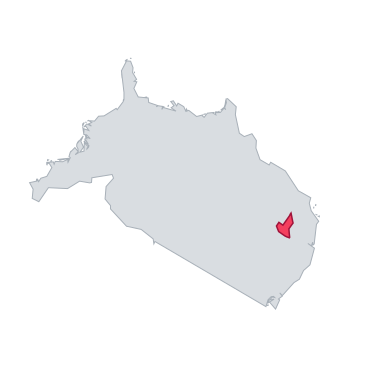 Nye, Nevada, United States of America (highlighted), rotated 215°
{"feature_id": "52423323B59835765201316", "entity_name": "Nye", "entity_type": "district", "adm_level": 2, "iso_a3": "USA", "parent_name": "United States of America", "parent_adm1": "Nevada", "projection": "albers", "projection_center": [-116.514, 37.564], "detail": "fine", "context": "in_parent", "style": "filled", "palette": "rose", "viewbox_px": 384, "rotation_deg": 215, "n_neighbors": 0, "source": "geoboundaries", "source_scale": "gbopen_adm2", "svg_char_len": 4215}
<svg xmlns="http://www.w3.org/2000/svg" viewBox="0 0 384 384"><g transform="rotate(215 192 192)"><path d="M295.9,123.4L312.1,113.2L311.9,96.2L319.2,95.1L323.8,103.2L330.4,106.5L325.2,112.1L325.6,113.8L323.6,112.5L323.7,116.6L319.9,121.5L320.8,131.6L325.5,133.6L327.2,132.2L325.9,130.9L326.8,131.3L327.9,132.9L322.9,137.1L320.9,135.7L321.6,138.6L315.4,142.5L312.0,148.3L311.6,146.2L310.6,145.2L311.4,150.3L313.1,150.5L314.5,154.6L313.4,161.2L308.4,159.8L309.1,155.6L307.6,158.9L310.2,162.0L312.6,163.2L313.9,165.3L313.2,175.5L312.2,169.8L306.6,166.5L306.6,160.4L303.9,163.5L308.4,170.5L304.1,169.7L303.1,170.4L303.1,167.6L302.7,166.9L302.4,169.3L303.0,170.9L309.4,171.5L308.8,173.4L305.4,171.8L304.4,171.7L308.6,173.6L310.1,173.7L310.2,175.9L308.0,175.1L311.7,176.9L311.3,177.6L309.5,176.6L306.0,177.3L311.1,178.4L313.6,177.1L319.1,182.9L314.6,178.6L316.8,181.8L311.8,183.2L316.7,185.0L317.9,183.3L317.2,187.4L312.2,188.3L315.7,188.7L314.0,191.4L317.3,191.3L312.5,194.2L312.0,200.5L307.7,203.9L302.1,217.0L300.5,216.5L300.2,226.4L300.7,228.6L304.8,234.5L319.3,250.8L320.8,261.9L317.3,263.9L311.6,260.0L309.2,255.8L302.0,252.5L302.9,249.5L300.4,250.6L299.0,243.5L290.6,239.0L281.8,243.9L278.8,240.5L269.5,243.2L270.2,241.3L269.1,243.3L265.1,245.3L264.1,242.3L264.1,244.7L251.5,249.1L257.4,249.0L256.3,252.4L261.3,253.9L259.6,256.0L253.9,253.7L254.4,256.7L247.7,257.2L243.2,254.5L241.5,257.0L231.5,256.5L227.0,261.8L228.1,260.4L224.9,260.1L224.6,265.4L219.5,269.9L220.7,268.6L216.7,268.9L218.4,270.3L214.4,273.4L213.8,279.2L211.6,278.8L213.7,279.9L215.0,284.9L217.5,287.6L216.4,288.9L204.7,287.2L200.8,280.2L186.9,267.3L181.0,267.4L176.3,274.1L168.8,271.1L164.8,264.6L154.8,257.5L144.3,258.4L144.6,261.5L127.7,262.8L105.6,254.0L91.4,255.4L89.5,250.1L83.6,245.0L71.4,240.7L71.5,236.9L62.1,219.5L62.5,217.8L64.4,220.1L63.3,216.4L67.6,216.3L59.5,216.2L53.6,200.0L55.6,191.7L54.0,182.2L56.5,176.3L58.6,159.0L62.3,159.7L58.3,158.5L59.8,153.9L58.3,153.9L56.4,144.0L65.4,146.3L63.3,151.3L66.5,147.9L66.0,152.1L63.8,153.0L65.3,153.3L67.1,151.7L67.9,147.3L65.7,140.5L194.0,130.2L193.5,127.7L196.9,131.3L212.2,132.2L226.0,126.4L249.1,131.4L250.9,134.1L259.2,136.4L265.5,147.2L264.2,158.3L267.5,160.5L282.2,146.2L279.8,142.2L281.0,140.8L290.3,136.4L295.9,123.4ZM318.3,143.4L320.9,141.5L312.1,149.1L318.8,141.8L318.3,143.4ZM66.2,144.7L67.3,147.5L67.2,147.9L65.6,145.7L66.2,144.7ZM217.1,286.7L214.8,282.6L214.3,280.0L215.1,282.7L217.1,286.7ZM326.0,112.0L326.6,113.3L326.1,113.3L326.0,112.0ZM243.7,255.8L244.2,256.8L242.9,256.2L243.7,255.8ZM76.0,245.1L77.4,244.6L77.5,244.7L76.0,245.1ZM74.5,244.6L73.9,245.4L73.5,244.7L74.5,244.6ZM325.6,135.9L325.2,137.1L324.9,137.0L325.6,135.9ZM214.7,277.6L214.3,279.7L215.5,275.4L214.7,277.6ZM314.8,245.4L317.6,248.6L314.4,245.1L314.8,245.4ZM83.2,248.7L83.8,249.8L83.1,248.8L83.2,248.7ZM321.7,262.2L321.0,263.8L321.9,260.6L321.7,262.2ZM320.6,185.1L320.1,187.1L319.4,183.2L320.6,185.1ZM65.1,142.4L65.1,143.2L64.6,142.7L65.1,142.4ZM218.7,271.1L216.8,272.5L218.7,270.8L218.7,271.1ZM328.4,134.9L328.8,135.8L327.9,136.0L328.4,134.9ZM83.1,251.8L83.6,253.2L82.9,251.9L83.1,251.8ZM216.4,273.3L215.7,274.0L216.3,273.1L216.4,273.3ZM314.2,167.1L313.9,169.6L314.0,166.3L314.2,167.1ZM226.6,262.9L225.4,264.0L227.0,262.2L226.6,262.9ZM300.9,227.3L301.2,229.0L300.7,228.0L300.9,227.3ZM317.8,191.3L317.5,191.8L318.2,190.1L317.8,191.3ZM285.0,242.4L283.8,243.7L283.1,243.8L285.0,242.4ZM264.4,245.3L264.2,245.6L263.3,245.8L264.4,245.3ZM307.5,256.6L308.2,257.6L307.2,256.4L307.5,256.6ZM261.0,248.8L261.1,249.9L260.5,248.0L261.0,248.8ZM319.1,266.3L318.2,266.7L319.4,265.9L319.1,266.3ZM314.6,155.4L314.4,156.6L314.5,154.9L314.6,155.4ZM319.3,187.8L319.0,188.4L318.8,188.4L319.3,187.8Z" fill="#d9dde1" stroke="#a8b0b8" stroke-width="1"/><path d="M94.6,209.3L93.4,209.3L90.6,209.3L88.2,209.7L87.8,209.9L86.0,210.3L86.0,210.9L88.7,214.0L91.1,216.9L91.1,217.0L91.5,217.4L91.5,217.5L91.5,221.8L91.4,224.5L91.6,224.7L92.0,225.1L92.4,225.4L94.9,227.8L95.1,228.0L95.8,228.7L96.5,229.4L97.4,230.2L98.4,231.2L98.6,231.3L98.8,231.5L98.8,230.4L98.8,230.1L98.5,230.1L98.5,225.4L98.5,222.4L98.5,217.0L103.4,217.0L103.3,212.6L100.0,210.4L98.3,209.3L97.9,209.3L94.6,209.3Z" fill="#f43f5e" stroke="#9f1239" stroke-width="1.5"/></g></svg>